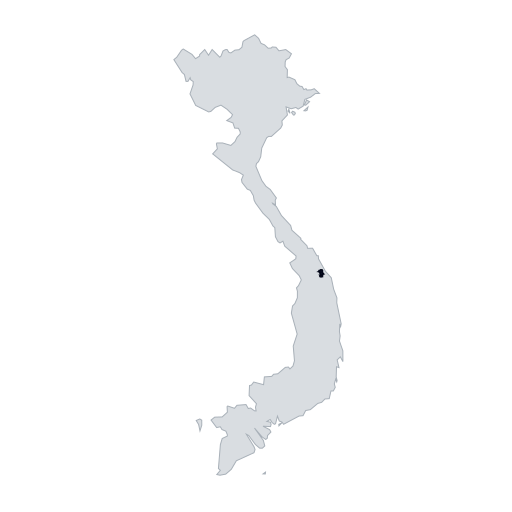 Phu Ninh, Quàng Nam, Vietnam (highlighted), rotated 3°
{"feature_id": "81297802B11022979046189", "entity_name": "Phu Ninh", "entity_type": "district", "adm_level": 2, "iso_a3": "VNM", "parent_name": "Vietnam", "parent_adm1": "Quàng Nam", "projection": "natural_earth1", "projection_center": [108.436, 15.511], "detail": "fine", "context": "in_parent", "style": "filled", "palette": "ink", "viewbox_px": 512, "rotation_deg": 3, "n_neighbors": 0, "source": "geoboundaries", "source_scale": "gbopen_adm2", "svg_char_len": 5475}
<svg xmlns="http://www.w3.org/2000/svg" viewBox="0 0 512 512"><g transform="rotate(3 256 256)"><path d="M310.8,90.3L306.7,90.7L302.3,94.5L296.6,97.0L295.2,103.9L290.4,107.1L288.1,105.6L283.4,107.1L278.2,105.5L280.0,113.5L274.8,119.7L275.4,123.8L274.0,126.9L265.1,135.8L262.4,135.9L260.5,137.3L256.1,147.9L255.5,156.7L253.6,161.6L251.6,163.7L251.2,166.5L257.9,180.4L262.3,185.9L266.7,188.8L273.3,197.0L272.3,199.2L272.8,203.8L269.7,202.4L270.0,203.0L273.7,205.5L279.3,214.3L289.0,223.7L290.5,228.4L299.9,236.0L299.7,237.0L306.4,243.2L307.1,245.6L312.1,245.3L316.7,252.5L318.2,252.5L318.6,255.6L326.1,267.6L332.3,273.8L335.3,285.1L339.0,293.6L339.1,298.5L344.6,319.3L344.2,322.0L343.2,319.4L343.3,327.3L344.2,331.4L343.8,336.6L347.7,346.2L348.3,356.9L345.5,352.3L342.5,355.5L344.7,363.1L342.2,362.4L342.4,372.6L343.5,376.1L343.2,377.5L342.0,374.8L340.9,379.6L342.0,383.0L340.3,386.7L337.9,386.9L336.6,394.6L332.3,395.2L329.2,398.7L325.4,400.0L318.3,406.6L313.7,407.7L311.3,413.0L307.3,413.6L292.4,422.6L290.6,420.4L287.9,419.6L285.8,414.8L284.3,422.5L283.1,423.1L280.8,421.5L278.7,418.5L275.5,420.6L279.0,421.2L279.9,423.3L279.4,425.6L271.9,425.6L278.7,428.7L280.1,431.0L276.9,434.7L276.8,437.4L275.3,438.7L271.5,436.3L263.5,427.9L273.0,439.8L274.7,445.2L272.4,447.6L269.7,447.7L265.2,444.2L258.1,435.6L255.7,434.5L264.0,446.6L265.2,449.3L264.3,452.5L247.1,461.5L242.5,470.3L237.2,475.4L231.5,476.8L228.3,476.3L231.6,471.9L229.6,470.2L230.3,446.2L231.8,440.0L236.7,437.4L236.8,436.1L235.1,432.5L231.1,431.1L229.3,428.4L225.7,429.4L219.7,422.2L223.2,419.1L230.6,418.5L235.6,413.5L235.0,408.0L235.6,407.3L242.5,409.2L244.8,406.1L253.8,404.9L256.3,408.7L258.5,408.1L262.6,410.7L264.2,410.7L263.4,407.0L264.2,403.5L256.4,395.8L256.3,385.7L258.2,385.1L260.3,382.0L270.3,384.1L270.7,376.3L278.0,375.4L279.7,373.2L283.9,372.5L291.1,365.7L294.2,365.2L295.8,367.0L298.7,363.9L299.9,358.6L297.9,344.0L301.2,331.8L294.3,311.2L295.1,304.0L297.3,301.5L299.5,295.6L299.2,289.0L298.1,285.7L300.0,283.4L302.5,277.5L300.2,273.4L293.0,266.6L290.1,261.1L295.9,256.7L296.0,253.9L284.2,244.7L282.1,239.8L279.3,241.7L277.2,240.5L274.4,235.8L273.3,226.7L271.4,225.2L267.4,218.8L260.7,212.9L252.8,203.2L251.2,200.4L250.2,195.9L246.9,190.8L243.8,189.7L238.2,183.3L237.5,180.5L239.1,175.9L235.2,173.6L228.2,171.3L207.4,156.3L211.8,151.0L210.6,146.1L211.0,145.2L216.8,144.9L225.1,146.9L229.0,142.9L230.9,138.4L233.8,135.0L233.8,133.0L231.8,129.4L228.0,129.4L226.0,124.3L219.7,122.3L223.9,118.9L225.2,116.1L219.3,110.9L213.1,107.2L207.5,109.7L203.3,114.0L201.2,114.6L187.9,108.8L181.6,97.6L184.2,88.5L184.2,85.1L181.6,83.5L180.9,81.4L178.9,85.2L177.0,85.3L175.0,78.5L172.7,76.8L163.7,64.2L166.5,61.6L170.9,54.4L172.5,53.1L181.5,58.0L185.3,62.1L189.2,59.3L189.2,57.8L194.0,52.5L198.1,58.0L201.4,52.1L209.4,59.4L210.7,58.0L212.3,53.0L214.5,51.6L216.3,51.3L218.4,54.2L220.3,54.5L224.2,51.5L228.2,50.9L231.0,48.3L231.8,42.6L232.8,41.5L243.1,35.2L247.2,38.5L249.9,43.4L253.5,44.7L257.3,47.9L260.3,47.5L261.3,46.4L265.0,46.5L268.2,49.9L274.9,48.3L280.8,52.2L278.8,56.5L275.8,58.4L275.0,60.6L275.1,65.3L277.6,68.3L277.8,76.2L279.5,75.6L285.6,77.9L287.8,81.8L290.8,84.1L293.1,84.3L295.1,87.3L297.2,86.3L298.1,87.6L302.4,87.2L305.4,85.9L310.8,90.3ZM210.4,422.8L210.7,427.8L209.2,433.6L207.5,427.2L204.9,423.4L208.4,421.7L210.4,422.8ZM301.4,99.1L297.8,102.8L296.4,102.7L298.3,97.5L301.4,99.1ZM287.0,113.1L286.0,113.3L284.0,110.8L285.0,109.5L287.3,110.4L287.8,111.6L287.0,113.1ZM299.4,107.8L298.0,108.5L296.3,108.4L300.1,104.5L299.4,107.8ZM281.1,107.7L282.5,111.7L280.4,109.6L281.1,107.7ZM290.6,421.2L287.8,424.4L287.6,422.9L290.6,421.2ZM276.7,473.2L274.5,473.2L276.8,471.3L276.7,473.2Z" fill="#d9dde1" stroke="#a8b0b8" stroke-width="1"/><path d="M323.2,273.2L323.0,272.9L322.9,272.8L323.0,272.8L322.9,272.7L322.7,272.8L322.5,272.7L322.4,272.6L322.4,272.4L322.2,272.3L322.1,272.2L322.1,271.9L322.1,271.7L322.3,271.5L322.4,271.4L322.6,271.4L322.8,271.5L323.0,271.5L323.2,271.4L323.2,271.5L323.3,271.5L323.5,271.7L323.5,271.8L323.6,271.7L323.6,271.4L323.4,271.3L323.4,271.2L323.3,270.9L323.5,270.8L323.8,270.9L323.9,270.6L324.0,270.7L324.3,270.5L324.3,270.4L324.3,270.5L324.3,270.4L324.2,270.4L324.1,270.2L324.3,270.2L324.2,270.1L323.9,270.1L323.7,270.0L323.8,270.0L323.7,270.0L323.6,269.9L323.4,269.8L323.4,269.7L323.5,269.6L323.5,269.4L323.4,269.4L323.3,269.0L323.3,268.8L323.3,268.7L323.2,268.7L322.9,268.6L322.7,268.6L322.8,268.5L322.8,268.4L322.8,268.2L322.9,267.9L323.0,267.8L323.0,267.7L323.1,267.4L323.2,267.2L322.9,266.9L322.8,266.6L322.7,266.6L322.7,266.4L322.4,266.4L322.5,266.5L322.4,266.6L322.2,266.6L321.9,266.5L322.0,266.4L321.9,266.3L321.7,266.3L321.4,266.4L321.3,266.5L321.3,266.8L321.2,266.8L321.1,267.0L320.9,266.9L320.7,266.9L320.6,267.0L320.4,267.0L320.2,267.1L319.9,267.1L319.8,267.3L319.7,267.4L319.6,267.5L319.7,267.8L319.8,267.9L319.7,268.0L319.4,268.2L319.5,268.2L319.5,268.3L319.6,268.5L319.8,268.6L320.0,268.7L320.3,268.7L320.3,268.8L320.5,268.8L320.7,268.7L320.8,268.7L320.8,268.8L320.8,269.0L320.9,269.3L320.8,269.5L321.0,269.6L321.0,269.8L320.9,269.9L321.0,270.0L321.1,270.3L321.1,270.5L321.3,270.6L321.3,270.8L321.4,271.1L321.4,271.3L321.2,271.5L321.1,271.9L321.0,272.0L320.9,272.0L321.0,272.1L321.1,272.3L320.9,272.4L320.9,272.5L321.0,272.5L320.9,272.6L320.8,272.8L320.9,273.0L321.0,273.0L321.1,273.3L321.3,273.4L321.6,273.4L321.8,273.4L322.0,273.4L322.3,273.4L322.5,273.4L322.8,273.3L323.0,273.3L323.2,273.2L323.2,273.2Z" fill="#0f172a" stroke="#020617" stroke-width="1.5"/></g></svg>